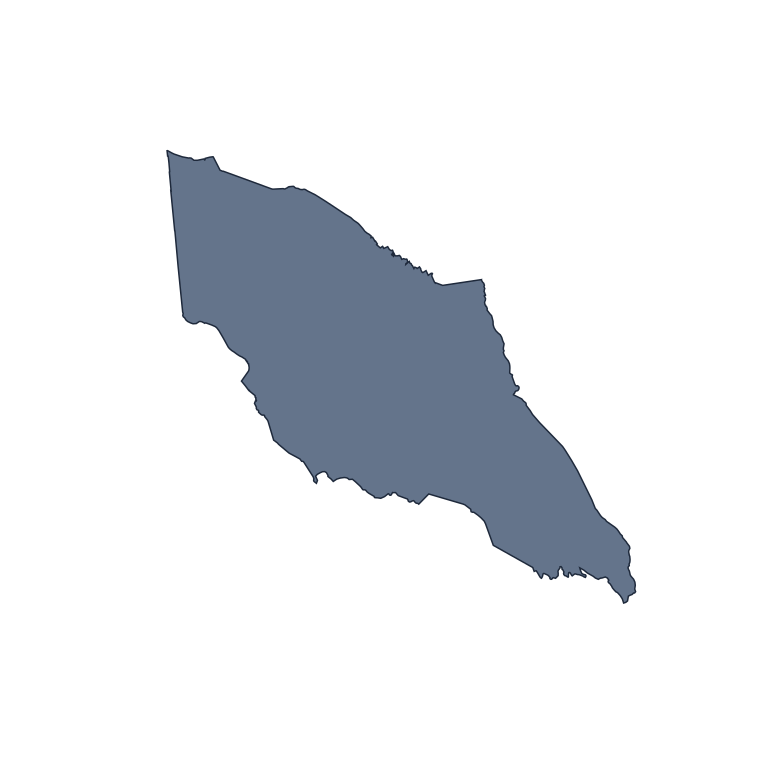 Indaparapeo, Michoacán, Mexico (Equal Earth projection), rotated 329°
{"feature_id": "50627088B97611620595529", "entity_name": "Indaparapeo", "entity_type": "district", "adm_level": 2, "iso_a3": "MEX", "parent_name": "Mexico", "parent_adm1": "Michoacán", "projection": "equal_earth", "projection_center": [-100.938, 19.76], "detail": "fine", "context": "isolated", "style": "filled", "palette": "slate", "viewbox_px": 768, "rotation_deg": 329, "n_neighbors": 0, "source": "geoboundaries", "source_scale": "gbopen_adm2", "svg_char_len": 6126}
<svg xmlns="http://www.w3.org/2000/svg" viewBox="0 0 768 768"><g transform="rotate(329 384 384)"><path d="M508.0,652.9L510.1,651.5L510.8,649.5L510.3,645.2L510.4,644.5L509.4,638.4L510.0,636.8L509.3,634.3L509.2,631.0L508.9,628.2L508.1,625.6L504.0,616.4L503.8,614.2L502.3,610.9L501.8,608.3L501.5,601.8L501.0,599.5L502.5,590.3L505.2,558.1L505.4,546.4L505.2,534.3L504.9,529.5L497.5,497.4L495.6,486.6L495.6,482.2L494.9,475.6L495.6,474.3L495.8,473.0L494.8,470.5L494.4,467.7L489.4,459.9L490.5,459.2L491.3,459.1L492.4,458.2L493.6,458.0L495.0,458.5L495.5,458.5L497.1,457.7L498.0,456.5L498.1,455.5L497.8,454.7L497.5,454.2L496.5,453.8L496.1,453.3L496.0,452.3L496.0,451.5L497.6,443.7L498.7,442.5L498.5,441.7L498.1,441.4L497.4,439.3L500.1,435.2L501.1,433.4L502.0,431.2L502.4,428.2L501.9,424.4L501.8,423.1L502.0,420.6L502.5,418.5L504.0,417.3L504.1,415.9L505.0,414.4L507.6,411.4L508.0,408.2L508.9,404.7L509.0,401.8L508.0,398.9L507.3,396.0L507.3,392.4L508.1,389.4L509.7,386.5L510.9,382.7L511.4,380.8L510.9,378.3L510.4,373.8L511.3,372.6L511.7,370.8L511.3,369.9L511.7,369.0L511.4,368.5L511.4,368.1L512.2,365.9L513.0,365.1L513.8,364.6L515.0,363.2L515.3,360.1L515.9,359.9L516.6,360.3L516.8,360.2L517.1,357.8L517.4,357.3L517.3,356.3L517.9,355.8L518.6,354.8L519.5,354.2L519.8,352.1L521.0,351.0L521.1,349.7L521.4,349.2L521.0,347.6L521.0,345.0L521.3,344.7L485.1,329.7L480.2,323.6L479.9,323.8L479.7,322.6L480.5,316.3L481.3,315.0L482.3,314.5L482.3,313.9L481.5,313.4L477.9,313.6L478.4,308.5L474.7,308.5L474.6,308.1L474.2,307.8L474.3,305.3L474.8,304.2L474.7,301.9L471.3,302.1L472.0,301.7L470.6,299.7L469.8,299.9L469.1,300.4L469.3,297.1L469.0,296.4L469.2,294.7L468.5,293.9L468.8,291.9L464.3,292.7L464.8,292.1L466.5,292.0L467.2,291.2L467.8,289.8L467.8,288.6L467.1,288.4L466.2,287.7L465.4,286.7L463.4,286.3L463.8,283.3L463.6,282.5L463.6,282.3L463.4,281.7L461.3,281.0L459.5,279.8L459.9,277.1L459.2,276.8L458.9,278.7L457.9,279.3L457.9,278.5L457.3,278.0L457.4,276.8L458.5,277.0L458.7,276.2L459.8,275.9L460.2,274.0L460.2,273.7L458.9,273.4L457.9,271.5L457.9,268.2L453.7,267.7L453.7,265.3L450.9,265.4L449.4,260.8L450.4,260.5L450.3,257.1L449.8,257.0L449.8,252.3L448.2,251.9L449.2,250.5L448.3,247.9L447.3,246.2L446.2,243.3L445.9,240.0L444.9,234.4L444.5,232.8L442.3,228.0L441.2,224.2L438.3,218.9L428.3,197.9L422.6,186.6L417.8,179.0L416.8,176.9L415.8,175.9L413.9,175.2L412.3,174.0L411.1,172.1L409.6,171.0L408.9,170.0L408.4,168.2L408.0,167.8L404.5,166.1L404.2,166.2L403.6,165.8L402.4,166.0L399.7,165.8L399.0,165.5L398.2,164.6L389.0,159.7L388.0,158.7L355.8,118.8L355.3,118.6L353.6,116.3L354.6,101.4L354.4,101.1L351.4,99.8L346.9,98.5L346.1,99.6L345.7,99.6L345.4,98.3L339.2,96.1L336.3,94.3L335.1,91.1L334.0,90.2L332.8,89.6L328.1,85.4L322.5,78.8L321.0,76.5L318.7,72.5L318.2,72.3L315.9,77.2L316.3,77.5L315.8,78.8L313.5,83.8L309.6,91.7L309.2,91.7L301.0,108.8L300.8,108.5L284.1,143.6L283.5,144.9L283.6,145.1L268.3,176.7L248.5,218.6L248.1,220.3L247.8,220.5L246.8,221.7L246.7,222.2L246.6,223.0L247.2,224.6L247.2,227.1L247.9,229.3L249.8,232.2L251.3,234.0L254.2,235.5L257.7,235.3L258.5,235.6L260.0,236.9L261.6,239.6L262.1,239.5L263.1,240.3L266.7,244.7L269.0,248.0L269.6,249.8L270.0,253.3L269.9,261.2L269.5,272.3L269.8,274.2L270.7,276.9L272.0,279.5L273.3,282.7L274.7,285.6L276.1,287.6L278.0,291.5L278.0,292.0L277.8,292.2L278.3,293.9L277.9,293.8L278.0,295.1L278.0,297.0L278.3,297.0L276.8,300.6L275.5,302.3L274.6,303.1L263.3,308.1L264.2,314.1L264.7,319.1L264.8,319.0L265.3,320.3L265.1,320.8L267.5,327.5L266.8,328.8L267.1,330.0L266.3,330.8L266.2,332.4L265.6,332.8L265.1,332.3L263.0,333.9L262.7,338.0L261.9,339.3L261.9,340.8L262.5,341.3L262.7,342.2L262.7,342.6L262.0,343.4L262.0,343.8L262.9,346.9L263.5,347.9L264.9,348.7L265.2,349.1L265.3,349.7L264.9,350.4L265.5,354.6L265.4,356.3L260.5,375.3L262.3,379.6L262.6,381.5L267.0,394.3L273.3,404.9L273.6,407.8L274.6,408.5L275.0,409.2L275.5,427.1L275.0,429.2L274.1,430.2L273.8,431.4L274.9,434.3L277.3,432.4L277.9,427.8L280.2,427.1L283.5,427.2L286.1,427.5L288.1,428.6L289.0,430.3L288.9,433.4L288.3,434.4L289.7,438.2L290.3,441.4L294.4,441.2L298.1,442.1L301.8,443.7L303.6,445.1L304.4,446.3L304.9,447.9L307.9,449.4L309.1,452.9L311.1,459.9L311.4,463.6L311.8,464.1L312.9,464.7L313.6,465.6L313.9,467.7L314.7,469.8L317.7,475.3L317.7,475.6L317.4,476.2L317.7,476.8L319.8,478.2L322.4,480.3L326.5,480.8L331.1,480.2L331.5,480.6L331.5,481.8L331.8,482.4L332.3,482.7L333.1,482.8L335.4,481.4L336.4,482.2L337.7,482.8L338.0,483.1L338.7,487.0L344.8,494.6L344.9,495.4L344.5,496.7L344.6,497.4L345.2,498.4L346.3,498.8L347.8,498.8L349.1,499.1L349.5,499.7L349.6,500.9L350.1,502.6L351.6,503.9L351.9,504.9L365.7,501.3L389.8,527.5L391.1,529.2L393.8,536.0L392.9,538.3L393.7,539.4L394.9,540.2L395.2,540.8L396.9,544.7L398.2,548.5L399.3,553.3L399.0,556.3L394.6,578.6L417.0,617.9L416.2,622.0L417.9,622.3L418.3,622.6L418.4,624.9L418.3,629.8L418.6,631.1L418.9,631.6L419.8,631.2L421.0,630.3L422.5,628.7L423.5,628.7L425.8,631.9L426.3,633.2L426.6,635.4L426.1,636.0L426.1,636.7L426.5,637.4L427.1,637.7L429.3,637.1L431.0,638.9L434.5,638.0L435.7,636.2L436.7,634.1L437.9,633.2L439.8,632.5L440.8,631.3L441.7,631.7L441.9,633.0L441.2,634.7L441.6,635.4L441.4,637.8L440.4,638.8L440.0,640.0L440.3,641.4L441.3,642.4L441.9,643.9L442.4,644.4L442.8,644.2L443.7,642.7L444.7,641.4L445.3,640.9L446.0,641.1L446.3,641.6L446.3,645.0L446.5,645.4L449.0,645.1L449.7,645.1L450.4,645.5L451.6,646.9L453.1,648.0L455.6,651.2L456.1,652.4L457.0,653.5L457.9,653.0L458.4,652.3L458.4,651.4L456.7,649.6L456.0,648.4L456.3,645.6L457.1,642.4L459.4,646.4L461.0,650.8L464.3,656.6L465.2,659.1L467.1,661.8L469.5,661.9L471.0,662.6L474.3,663.4L475.6,665.5L475.5,666.2L475.7,667.4L475.5,668.1L474.7,668.3L474.2,669.1L474.2,670.1L474.8,671.5L475.0,674.5L474.8,676.4L475.2,679.1L475.7,681.5L476.7,683.0L477.5,687.0L477.6,690.9L476.6,695.2L478.8,695.7L481.0,695.4L484.2,691.7L486.2,691.8L488.2,692.2L490.3,691.7L491.2,692.2L492.7,691.6L493.3,688.9L495.7,686.0L497.0,683.1L497.4,679.9L496.7,676.1L496.7,674.5L498.0,670.6L498.0,669.3L498.4,667.5L499.0,666.6L500.7,666.0L501.3,664.6L502.6,663.7L503.7,662.4L504.6,661.0L505.9,658.3L506.1,657.0L507.2,654.0L508.0,652.9Z" fill="#64748b" stroke="#1e293b" stroke-width="1.5"/></g></svg>